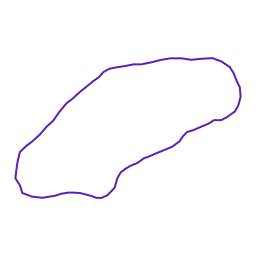 PiisPenau, Federated States of Micronesia
{"feature_id": "79324940B45370489391635", "entity_name": "PiisPenau", "entity_type": "district", "adm_level": 2, "iso_a3": "FSM", "parent_name": "Federated States of Micronesia", "parent_adm1": "", "projection": "natural_earth1", "projection_center": [151.765, 7.677], "detail": "fine", "context": "isolated", "style": "outline", "palette": "violet", "viewbox_px": 256, "rotation_deg": 0, "n_neighbors": 0, "source": "geoboundaries", "source_scale": "gbopen_adm2", "svg_char_len": 927}
<svg xmlns="http://www.w3.org/2000/svg" viewBox="0 0 256 256"><path d="M55.2,195.7L61.0,193.8L68.3,192.6L73.7,192.6L80.3,193.1L91.5,196.0L96.5,197.9L101.5,197.9L107.3,195.3L114.6,187.8L117.3,178.2L120.8,172.3L125.8,168.6L130.4,165.8L136.9,163.2L143.9,158.3L149.7,156.2L156.2,153.3L163.6,150.3L172.0,146.8L179.4,141.4L183.2,136.0L187.1,132.0L193.6,130.0L202.9,126.0L208.7,123.6L214.1,120.1L221.4,120.1L227.2,116.9L234.9,111.5L238.3,105.4L240.6,96.7L239.8,87.3L236.7,81.0L233.6,73.2L229.8,67.1L221.3,61.4L212.4,58.1L201.2,58.8L191.1,59.8L181.5,58.3L170.3,58.3L161.0,59.9L151.4,62.3L141.0,64.4L134.0,64.3L125.1,66.0L116.3,67.4L109.3,68.8L103.5,72.0L98.9,77.2L93.5,80.9L88.1,85.4L80.4,91.5L71.9,99.2L66.5,103.2L59.2,112.1L53.1,120.8L46.9,126.4L40.0,134.4L32.3,141.4L26.9,145.4L19.9,152.0L17.6,161.6L16.5,169.1L15.4,178.2L20.0,185.5L22.3,193.0L32.0,196.6L42.4,197.8L55.2,195.7Z" fill="none" stroke="#5b21b6" stroke-width="2"/></svg>